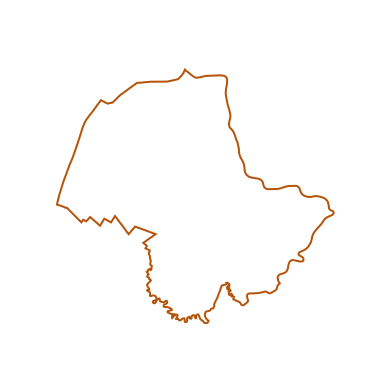 outline of Tran De, Sóc Trăng, Vietnam, rotated 221°
{"feature_id": "81297802B35680204276393", "entity_name": "Tran De", "entity_type": "district", "adm_level": 2, "iso_a3": "VNM", "parent_name": "Vietnam", "parent_adm1": "Sóc Trăng", "projection": "natural_earth1", "projection_center": [106.042, 9.495], "detail": "fine", "context": "isolated", "style": "outline", "palette": "amber", "viewbox_px": 384, "rotation_deg": 221, "n_neighbors": 0, "source": "geoboundaries", "source_scale": "gbopen_adm2", "svg_char_len": 5864}
<svg xmlns="http://www.w3.org/2000/svg" viewBox="0 0 384 384"><g transform="rotate(221 192 192)"><path d="M285.7,93.9L280.8,96.0L278.7,96.7L278.1,97.0L277.3,97.0L276.6,97.6L276.2,97.7L276.0,98.0L255.6,96.5L256.0,99.6L252.7,100.4L252.5,102.5L252.5,106.3L239.3,106.2L240.7,114.3L233.2,115.9L234.3,123.4L229.1,122.2L221.0,120.6L215.5,119.2L213.7,119.0L212.1,118.6L212.3,128.5L204.5,131.6L191.8,136.3L195.4,121.6L190.8,121.8L190.1,118.9L185.8,120.2L185.1,119.8L184.9,119.2L184.8,117.9L184.3,117.3L183.1,116.5L181.9,116.1L180.0,114.2L178.3,113.4L178.0,112.8L177.4,112.2L176.5,110.5L176.1,110.0L175.6,109.8L174.1,109.9L173.6,109.7L173.1,108.4L172.0,107.2L171.8,106.6L171.9,106.1L172.1,105.8L173.3,106.2L173.7,105.5L174.0,104.5L174.0,103.9L173.7,103.5L173.1,102.9L173.6,102.0L170.7,101.2L170.9,99.7L170.6,99.1L170.1,98.7L169.5,98.6L168.4,99.2L168.1,99.2L167.7,99.0L167.5,98.6L167.0,98.1L165.7,98.6L165.1,98.4L164.9,98.0L165.2,93.5L165.1,92.7L164.6,92.1L163.9,91.6L162.1,91.3L160.4,90.6L160.4,90.2L161.4,89.0L161.4,88.5L161.3,88.3L160.7,88.1L158.8,88.8L157.9,88.7L157.3,88.2L155.8,86.3L155.4,86.1L154.9,86.3L153.7,88.3L153.1,88.8L151.7,89.3L151.2,89.4L150.0,89.1L148.9,88.4L148.4,87.2L148.6,86.3L149.4,85.2L149.7,84.6L149.6,83.6L149.2,83.1L148.9,83.0L148.4,82.9L147.5,83.2L147.2,83.5L147.0,84.0L146.9,84.5L147.5,86.6L147.6,87.4L147.5,88.8L146.9,90.2L146.7,90.3L146.2,90.1L144.7,88.7L144.4,88.6L143.9,88.6L143.3,89.1L142.7,89.2L141.6,89.7L140.9,90.3L140.2,92.9L140.0,93.2L139.7,93.3L138.4,92.5L138.0,91.8L138.0,90.9L138.1,90.7L139.0,89.1L139.2,88.6L139.0,87.8L138.6,87.2L138.0,87.0L137.2,87.3L135.3,88.8L134.0,89.5L131.9,90.1L130.6,90.2L129.9,89.9L129.9,89.3L132.0,86.4L132.0,85.8L131.6,85.3L131.3,85.2L128.4,86.0L127.4,86.5L125.2,88.1L125.0,87.6L125.6,86.0L125.6,85.4L124.6,83.9L124.2,83.8L124.2,84.1L124.3,85.5L124.0,87.9L123.6,88.7L122.9,89.7L122.3,89.7L121.6,89.2L121.2,87.6L120.9,85.8L120.8,85.7L120.0,86.3L119.4,87.0L119.0,87.2L117.7,86.8L116.8,87.2L116.5,87.7L116.1,90.2L115.5,91.1L115.0,91.6L114.2,91.3L112.6,89.5L111.8,89.4L111.2,89.8L110.9,90.4L110.9,90.9L111.4,91.8L112.5,93.0L112.8,94.2L112.7,95.1L112.5,95.5L112.0,96.0L111.7,96.0L111.0,95.3L110.4,95.2L109.9,95.5L109.5,95.9L109.5,96.5L110.5,97.5L110.8,98.4L110.7,99.0L110.3,99.9L109.9,100.2L109.4,100.3L108.6,100.1L106.8,99.0L106.4,99.1L106.2,99.3L106.3,99.8L107.6,101.2L107.9,101.7L107.8,102.6L107.2,103.5L106.8,103.7L106.1,103.5L104.1,102.4L102.1,101.5L100.4,101.6L99.7,101.9L96.8,101.3L96.4,101.7L95.1,102.5L94.7,103.0L94.5,103.9L94.6,104.7L95.1,105.7L96.2,105.5L96.6,105.7L98.2,105.7L100.1,106.5L101.5,107.4L102.3,108.6L102.9,110.1L102.9,110.8L102.7,111.2L101.5,113.0L100.9,113.8L100.7,114.5L100.9,116.5L99.7,118.2L100.2,120.0L100.6,121.0L101.6,121.7L102.1,123.3L103.5,128.7L104.6,131.5L106.0,135.6L107.2,138.2L107.1,138.4L108.2,140.9L107.5,141.5L107.0,143.0L106.2,143.6L105.7,144.4L106.0,145.2L106.5,145.8L105.7,146.7L105.4,146.6L104.5,147.0L104.1,147.0L103.9,146.2L103.6,146.0L103.4,146.0L103.0,146.4L102.7,146.4L102.1,145.1L102.9,144.6L103.1,144.3L102.9,143.6L103.0,142.8L102.4,142.5L101.8,142.6L101.6,143.8L101.1,144.2L100.9,144.0L100.7,143.6L101.0,142.0L99.9,142.3L99.0,143.2L98.0,142.8L97.9,142.5L98.7,141.1L98.8,140.5L98.3,140.0L97.6,139.7L96.6,138.8L96.3,138.8L96.0,139.2L95.8,140.8L95.5,141.0L94.3,140.9L94.3,139.4L93.8,139.1L93.3,139.3L92.8,140.3L91.9,140.0L91.5,140.3L91.0,139.6L90.7,138.5L90.4,138.1L89.7,138.5L87.0,139.0L84.5,140.0L83.8,140.1L82.8,140.0L80.9,139.3L80.2,139.3L79.7,139.5L79.2,139.9L78.8,140.5L78.0,144.4L78.0,146.0L78.2,146.5L78.6,147.1L80.9,148.4L82.2,149.4L82.8,150.5L82.9,151.4L82.8,152.1L82.3,152.9L78.9,156.0L76.2,158.7L73.7,161.7L71.8,164.4L71.1,165.2L70.5,165.6L68.0,165.9L66.9,166.5L66.3,167.4L65.7,168.8L64.8,171.6L64.5,173.0L64.4,173.8L64.6,174.7L65.8,177.0L66.0,177.8L65.8,180.7L66.9,180.8L68.0,181.2L71.1,183.4L71.5,184.0L71.8,184.7L71.9,185.8L71.9,186.6L71.4,188.0L70.1,189.8L69.1,191.8L68.8,192.6L68.6,193.8L68.7,195.0L69.5,197.2L71.4,200.3L72.1,201.8L72.6,203.6L72.2,205.4L71.8,206.3L71.0,207.1L65.5,210.0L64.0,211.2L63.2,212.1L63.0,212.8L63.1,213.4L63.3,213.9L63.9,214.5L64.6,215.0L65.6,215.2L66.6,215.2L69.0,214.7L70.2,214.6L71.0,215.2L71.2,215.5L71.4,216.1L71.2,217.3L71.0,218.0L69.6,220.8L69.0,222.5L68.6,224.2L68.4,226.1L68.5,228.1L68.8,230.0L69.3,232.0L70.6,234.8L72.5,238.2L73.0,239.9L73.4,242.2L73.5,246.4L73.4,253.1L74.1,257.8L74.1,259.1L73.4,261.7L71.2,266.4L71.0,267.1L71.0,268.2L71.3,269.1L72.0,269.7L73.1,270.0L75.1,269.3L76.1,269.2L77.3,269.3L77.9,269.6L80.7,272.1L83.3,273.8L84.9,274.2L87.1,274.3L90.3,273.4L94.7,271.1L96.5,269.5L99.4,265.9L101.2,264.5L102.4,263.8L104.5,262.9L106.6,262.6L108.2,262.7L109.9,263.3L113.4,265.4L114.6,265.6L116.3,265.4L117.0,265.2L118.5,264.1L122.7,260.1L124.6,257.9L127.2,253.5L128.7,251.4L129.9,250.0L134.9,245.3L137.4,243.5L138.9,243.0L140.8,243.1L142.0,243.7L144.1,245.2L145.7,246.1L147.0,246.3L148.4,246.2L150.0,245.9L150.7,245.6L154.0,243.4L157.9,241.3L159.7,240.8L161.6,240.7L162.7,240.9L164.7,241.7L165.4,242.1L166.7,243.1L167.9,244.3L170.1,246.3L171.6,247.3L174.4,248.6L178.2,250.0L179.7,250.8L181.7,252.1L182.8,253.0L184.7,255.0L186.2,256.3L190.4,259.4L193.3,260.7L196.3,262.6L199.5,264.3L202.1,265.1L205.9,265.5L207.4,266.3L208.9,267.8L210.3,270.1L212.3,273.9L213.8,275.5L217.8,278.5L222.3,281.3L227.1,285.0L230.9,288.1L233.3,291.2L235.8,295.3L237.8,298.3L239.6,300.2L240.5,300.8L242.1,301.1L243.4,300.9L244.8,300.3L247.3,298.5L257.6,288.8L261.7,283.2L263.6,281.2L264.6,280.5L266.4,280.2L269.0,279.9L273.3,279.8L276.3,279.6L277.6,279.7L276.8,277.3L276.3,274.3L276.3,270.8L276.7,267.9L278.2,265.7L283.2,259.0L296.0,247.7L302.1,241.2L305.1,238.3L309.7,218.5L310.6,207.5L313.7,203.3L321.0,201.5L319.7,186.1L319.7,183.3L319.2,177.3L318.9,175.4L318.3,173.3L316.7,168.6L312.1,158.1L307.0,145.8L304.3,138.7L302.1,131.9L295.7,115.1L290.2,102.6L285.7,93.9Z" fill="none" stroke="#b45309" stroke-width="2"/></g></svg>